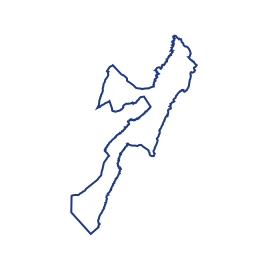 outline of Kitui Rural, Eastern, Kenya, rotated 231°
{"feature_id": "3690345B8782427737819", "entity_name": "Kitui Rural", "entity_type": "district", "adm_level": 2, "iso_a3": "KEN", "parent_name": "Kenya", "parent_adm1": "Eastern", "projection": "robinson", "projection_center": [37.883, -1.488], "detail": "fine", "context": "isolated", "style": "outline", "palette": "blue", "viewbox_px": 256, "rotation_deg": 231, "n_neighbors": 0, "source": "geoboundaries", "source_scale": "gbopen_adm2", "svg_char_len": 5982}
<svg xmlns="http://www.w3.org/2000/svg" viewBox="0 0 256 256"><g transform="rotate(231 128 128)"><path d="M126.4,97.6L125.7,97.5L125.0,96.8L125.5,96.1L124.8,95.5L121.6,95.9L118.2,95.7L118.2,94.2L116.1,87.3L112.0,82.2L110.6,80.0L108.2,77.5L108.0,76.8L107.7,74.1L107.0,71.6L107.1,56.9L106.5,55.3L106.6,53.9L106.9,52.7L106.8,51.4L107.2,49.9L107.1,47.7L107.3,47.0L109.0,45.1L110.3,43.0L110.8,41.5L110.5,41.2L98.1,30.8L69.1,32.4L69.5,42.8L70.4,43.2L70.9,44.3L70.9,45.1L71.3,45.6L72.3,45.1L72.7,45.5L74.4,46.1L75.4,47.2L75.5,47.9L77.3,50.1L78.1,51.9L79.2,55.3L80.0,56.6L80.5,58.7L81.5,59.4L82.0,61.0L82.9,61.8L83.4,63.1L84.0,63.3L83.8,63.7L84.2,64.5L85.9,66.3L86.0,66.8L86.5,67.3L87.7,67.5L88.5,68.5L88.8,69.2L88.6,70.0L89.1,70.5L88.8,70.8L89.7,71.1L89.8,73.1L90.6,75.0L90.4,75.6L90.8,76.2L91.3,76.2L91.6,76.5L91.6,77.1L92.6,78.8L92.9,80.4L93.9,80.9L93.9,82.8L94.7,83.1L94.7,83.8L95.1,84.4L95.6,86.0L96.3,86.4L96.1,87.2L96.4,87.8L96.1,88.4L96.5,88.8L97.9,91.7L97.9,93.0L99.1,93.2L99.5,94.5L100.4,95.0L100.7,95.9L100.5,96.6L101.5,96.9L102.1,96.7L102.4,96.2L102.8,96.8L103.7,96.2L104.9,96.3L105.0,96.8L105.4,96.8L106.5,97.6L107.0,97.5L108.2,100.3L108.8,100.1L109.1,101.1L110.0,101.1L110.4,102.7L110.6,102.7L111.5,104.1L111.9,105.2L111.8,106.0L112.0,106.1L112.6,105.5L113.1,105.6L113.1,107.7L113.9,110.9L113.7,111.4L114.3,111.9L114.3,112.8L114.8,113.4L114.6,113.9L115.0,115.1L114.8,116.2L115.2,116.4L115.4,116.8L115.9,117.0L115.5,117.4L116.2,117.9L116.1,118.1L113.9,118.5L111.7,120.2L109.7,122.6L108.1,123.9L107.8,125.7L106.6,127.6L104.0,128.0L97.9,129.9L96.7,129.3L95.0,129.1L93.8,128.1L92.6,128.2L91.4,128.7L90.0,130.3L91.3,132.7L92.4,132.5L94.0,133.2L95.3,136.2L96.1,136.6L96.3,137.7L98.3,141.4L100.0,143.5L101.2,143.5L101.7,143.8L102.0,145.7L102.4,146.7L103.2,147.5L103.7,149.0L105.0,150.3L106.4,150.8L106.3,151.5L107.1,152.5L107.0,153.3L108.5,155.9L108.8,157.4L109.5,157.8L109.8,158.7L110.4,159.5L110.6,160.9L111.3,161.2L111.6,162.2L112.3,163.0L112.9,164.7L112.4,166.0L113.4,166.3L113.2,167.4L113.9,167.6L114.3,168.5L115.0,169.3L116.5,170.1L116.9,171.3L116.3,172.6L116.3,173.7L117.4,174.3L118.6,173.9L118.5,174.7L119.0,175.8L120.0,176.0L119.8,177.2L120.1,178.3L119.5,180.7L121.1,180.9L121.6,181.4L121.6,184.1L122.8,185.7L122.8,187.0L123.3,187.9L123.6,189.5L123.5,190.6L123.9,191.4L123.5,192.2L123.4,193.1L123.6,193.6L123.1,193.9L123.3,194.3L122.9,194.8L122.7,195.0L121.9,194.4L120.8,194.5L120.4,195.6L120.7,196.6L120.4,197.4L122.0,201.3L126.4,206.2L126.9,207.2L129.1,209.9L130.5,210.2L131.6,211.5L131.7,212.2L130.5,212.8L130.0,214.6L130.6,216.4L131.8,216.3L133.4,217.2L133.4,217.6L133.0,218.7L133.6,220.9L136.3,220.4L138.0,220.9L139.1,220.0L139.8,220.4L141.7,219.6L145.1,219.5L144.8,220.0L144.8,220.8L146.4,223.6L149.3,224.8L152.0,225.2L153.5,225.1L154.9,224.4L155.4,223.7L155.8,223.5L157.4,223.4L159.2,224.2L160.9,223.8L163.6,225.1L164.7,223.5L165.4,223.9L165.8,223.4L166.8,223.1L169.5,223.1L170.6,222.0L170.7,221.2L170.4,220.4L169.2,220.8L168.7,219.8L167.9,220.3L167.7,219.5L167.0,219.0L167.3,217.4L166.3,217.5L166.2,217.3L166.5,216.6L165.7,216.8L165.3,216.0L164.9,216.2L165.2,216.7L164.6,216.7L164.1,216.1L164.6,214.4L163.3,214.7L162.8,213.4L163.0,212.4L162.5,212.5L161.7,211.4L161.2,210.0L160.7,211.2L160.0,211.5L160.2,210.5L158.9,210.4L158.9,209.6L158.3,208.3L158.6,207.5L158.3,207.0L157.7,207.0L158.2,205.7L158.1,205.0L157.6,205.1L157.5,204.8L157.8,204.2L157.2,203.4L156.6,201.6L156.9,201.2L155.9,200.9L155.3,200.3L155.7,200.0L155.8,199.1L155.4,198.9L154.9,197.2L154.6,196.9L154.7,196.2L154.3,195.7L155.4,194.5L155.4,194.2L155.0,193.6L154.5,193.4L154.4,192.7L153.6,192.3L153.9,191.3L153.5,191.2L153.3,190.8L153.5,190.6L155.2,190.7L156.0,189.8L156.4,188.0L155.9,186.5L155.5,186.3L155.7,185.4L154.1,186.1L153.7,186.1L153.5,185.4L152.8,185.4L152.1,185.8L150.7,186.1L150.8,185.2L151.5,184.4L151.2,183.9L151.3,183.1L150.7,182.5L149.8,183.0L149.1,182.8L149.1,181.7L148.7,181.0L149.1,180.0L148.8,179.1L148.1,178.5L147.4,178.8L147.4,177.5L146.7,176.3L145.7,175.9L145.7,175.0L144.0,174.3L145.3,171.3L145.7,169.3L146.0,168.6L146.6,168.2L148.0,165.8L148.5,165.4L148.8,164.4L149.8,163.0L150.5,162.9L151.7,161.5L154.0,159.5L157.7,159.1L162.1,158.0L164.8,157.0L165.5,157.1L167.2,158.4L168.0,158.4L171.5,157.8L173.7,156.6L186.4,155.7L186.3,154.8L186.9,153.0L186.8,151.6L185.5,147.6L185.3,147.3L184.0,148.2L183.4,146.9L181.9,146.3L181.2,145.4L180.4,143.3L179.7,140.5L178.6,139.3L177.4,136.5L176.1,135.3L174.7,133.3L172.6,131.8L170.9,128.8L170.7,127.9L169.8,127.1L169.3,125.7L168.6,125.3L167.8,123.5L164.2,119.9L162.9,116.9L162.8,117.6L162.0,119.3L162.2,120.5L162.1,122.4L161.6,124.0L161.6,125.9L160.6,129.1L160.6,130.5L153.6,128.0L152.6,127.5L152.4,127.1L151.4,126.7L150.7,126.8L150.1,127.6L148.9,128.1L148.2,129.1L147.9,130.2L146.9,132.2L146.6,133.1L146.9,133.8L146.4,134.9L146.9,137.3L148.0,137.9L148.3,138.7L148.0,142.1L147.2,142.6L145.9,144.7L145.2,146.1L145.0,147.4L143.9,147.1L143.5,147.3L143.5,147.7L143.9,148.0L143.0,149.0L143.1,149.7L142.6,150.3L143.4,152.4L143.5,153.1L143.3,154.0L143.9,155.5L144.0,157.3L142.3,160.2L130.2,158.9L129.9,157.9L130.0,157.3L129.6,156.7L129.9,155.8L129.5,154.5L129.5,153.4L129.1,153.0L129.8,151.9L129.4,151.4L129.4,150.7L128.9,150.0L129.3,149.2L128.9,148.2L129.1,147.9L129.2,144.2L128.8,143.5L129.3,142.7L128.8,142.1L129.2,141.8L129.0,141.0L129.9,140.6L129.7,139.5L130.0,138.9L129.7,138.4L130.3,137.2L130.7,137.1L130.8,137.4L131.1,136.8L131.6,136.7L131.7,136.1L132.4,136.2L133.1,135.7L132.7,134.9L133.2,134.2L132.8,133.7L132.7,132.5L133.2,132.1L133.1,131.9L130.8,131.7L130.3,131.2L130.4,130.7L130.1,130.1L130.4,129.5L129.7,127.8L130.0,127.3L129.9,126.7L130.5,126.0L129.6,125.7L129.6,125.2L129.2,125.0L129.3,123.5L128.8,122.3L128.8,121.8L129.3,121.2L129.0,120.8L128.7,119.3L129.3,118.6L128.7,117.9L129.3,117.1L129.1,116.2L129.4,115.4L129.2,113.2L128.8,113.3L128.6,112.9L128.7,108.7L128.5,107.2L128.1,106.2L128.3,105.7L128.1,103.7L127.3,102.3L127.6,101.7L127.1,100.7L127.1,100.0L126.5,99.8L126.4,97.6Z" fill="none" stroke="#1e3a8a" stroke-width="2"/></g></svg>